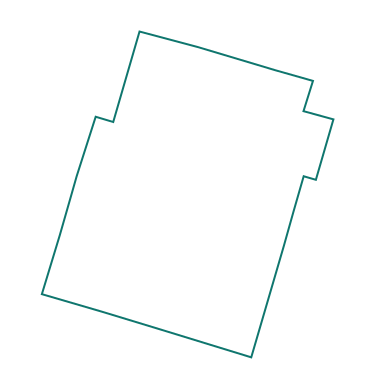 the district of Kosciusko, Indiana, United States of America, rotated 197°
{"feature_id": "52423323B75702565689180", "entity_name": "Kosciusko", "entity_type": "district", "adm_level": 2, "iso_a3": "USA", "parent_name": "United States of America", "parent_adm1": "Indiana", "projection": "mercator", "projection_center": [-85.876, 41.239], "detail": "fine", "context": "isolated", "style": "outline", "palette": "teal", "viewbox_px": 384, "rotation_deg": 197, "n_neighbors": 0, "source": "geoboundaries", "source_scale": "gbopen_adm2", "svg_char_len": 395}
<svg xmlns="http://www.w3.org/2000/svg" viewBox="0 0 384 384"><g transform="rotate(197 192 192)"><path d="M77.1,239.9L78.0,302.8L109.0,301.9L108.8,333.6L148.2,332.8L229.0,332.3L289.1,330.1L287.8,235.9L306.1,235.8L306.9,173.3L306.5,152.5L305.8,112.0L305.7,50.4L243.6,51.2L180.4,51.3L87.0,51.2L88.4,167.1L89.2,202.6L89.8,239.7L77.1,239.9Z" fill="none" stroke="#0f766e" stroke-width="2"/></g></svg>